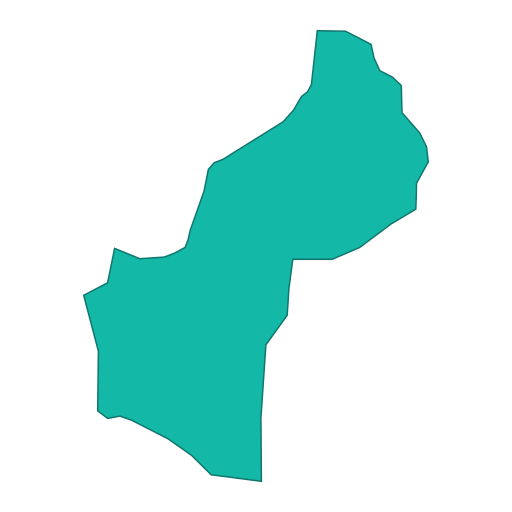 the District of Kaberamaido
{"feature_id": "UGA-3066", "entity_name": "Kaberamaido", "entity_type": "District", "adm_level": 1, "iso_a3": "UGA", "parent_name": "Uganda", "parent_adm1": "", "projection": "orthographic", "projection_center": [33.211, 1.704], "detail": "fine", "context": "isolated", "style": "filled", "palette": "teal", "viewbox_px": 512, "rotation_deg": 0, "n_neighbors": 0, "source": "natural_earth", "source_scale": "10m", "svg_char_len": 719}
<svg xmlns="http://www.w3.org/2000/svg" viewBox="0 0 512 512"><path d="M107.7,418.4L97.7,410.9L98.4,351.2L83.7,295.3L107.6,282.8L114.6,248.4L139.8,258.7L164.2,257.1L175.0,252.9L185.2,247.3L188.1,239.7L190.3,230.0L204.0,191.3L208.4,169.3L214.2,162.7L222.8,159.4L283.1,121.8L293.5,110.2L301.5,96.5L307.7,91.6L311.4,84.6L317.3,30.7L345.4,31.2L371.0,44.3L374.1,58.1L379.8,70.7L392.4,77.1L401.3,85.6L402.0,112.7L419.7,132.9L426.5,146.8L428.3,161.8L416.5,183.3L416.3,195.9L415.8,209.2L391.0,224.0L359.6,247.5L332.1,259.3L292.8,259.3L288.9,288.8L287.2,315.3L265.9,344.8L260.9,418.2L261.4,481.3L211.2,474.8L191.6,455.4L168.0,438.8L131.3,420.1L119.9,416.1L107.7,418.4Z" fill="#14b8a6" stroke="#0f766e" stroke-width="1.5"/></svg>